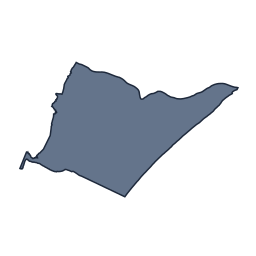 Sitionuevo, Magdalena, Colombia (Mercator projection), rotated 117°
{"feature_id": "7082276B53559247838582", "entity_name": "Sitionuevo", "entity_type": "district", "adm_level": 2, "iso_a3": "COL", "parent_name": "Colombia", "parent_adm1": "Magdalena", "projection": "mercator", "projection_center": [-74.637, 10.912], "detail": "fine", "context": "isolated", "style": "filled", "palette": "slate", "viewbox_px": 256, "rotation_deg": 117, "n_neighbors": 0, "source": "geoboundaries", "source_scale": "gbopen_adm2", "svg_char_len": 5584}
<svg xmlns="http://www.w3.org/2000/svg" viewBox="0 0 256 256"><g transform="rotate(117 128 128)"><path d="M80.4,114.3L80.7,115.9L81.8,118.1L83.3,119.0L85.3,120.6L85.9,121.3L86.8,122.7L87.9,123.7L89.5,124.8L92.0,126.0L93.4,127.0L94.0,127.3L94.7,127.4L95.0,127.6L95.7,128.3L96.1,128.9L96.2,129.2L96.2,129.6L96.0,130.2L95.6,130.6L95.2,131.1L92.7,133.1L91.0,134.3L90.3,134.9L89.5,136.0L88.9,137.5L88.4,139.7L88.2,141.2L88.2,143.0L88.5,146.9L88.5,148.9L88.2,150.3L87.5,152.5L87.2,153.6L86.9,155.2L86.8,156.9L86.8,158.7L87.1,159.8L87.6,162.7L88.4,171.0L89.0,174.1L89.9,176.5L91.0,178.6L92.6,182.0L93.3,184.4L93.5,185.8L93.4,187.6L93.1,188.9L92.5,190.5L92.4,192.4L92.5,198.0L92.8,199.4L93.0,199.8L93.1,200.5L93.1,203.9L93.8,203.9L98.7,204.3L99.9,204.8L102.2,204.9L102.6,204.8L102.8,204.6L103.0,204.5L103.4,204.6L103.7,204.8L104.0,204.6L104.0,204.4L104.2,204.1L104.5,204.0L104.7,203.6L104.9,203.7L105.3,204.0L105.9,204.1L106.1,204.1L107.1,203.8L107.4,203.8L107.8,204.0L109.1,205.0L109.3,205.1L109.6,204.9L110.0,204.2L110.4,204.1L110.8,204.3L111.3,204.6L111.8,204.6L113.2,204.5L116.6,204.6L118.3,204.5L119.3,204.1L122.0,203.2L125.5,202.4L127.9,202.2L128.1,203.3L128.5,204.2L129.0,205.0L129.6,207.1L129.9,207.6L130.0,207.7L130.5,207.7L130.9,207.2L131.0,206.9L131.2,206.6L131.2,206.3L131.6,205.3L132.5,204.8L132.9,204.7L133.4,204.6L134.3,204.8L134.5,204.7L134.8,204.5L135.2,204.8L135.6,205.1L135.9,204.9L136.2,204.7L136.5,204.4L137.4,205.2L137.9,205.2L138.1,205.1L138.6,205.2L139.0,205.5L139.3,205.5L139.6,205.5L139.9,205.6L140.2,206.0L140.5,206.2L141.5,206.1L142.6,205.6L142.8,205.7L143.3,205.8L143.5,205.0L143.4,204.5L143.8,203.9L143.9,203.5L144.3,203.0L144.5,202.3L144.6,202.1L144.7,201.9L145.1,201.8L145.1,201.3L145.0,201.1L145.0,200.7L145.3,200.6L145.7,200.4L145.8,200.2L146.0,200.1L145.8,200.0L145.7,199.7L145.9,199.3L146.4,198.8L146.7,198.6L146.9,198.7L147.6,199.5L147.9,199.8L148.0,199.8L148.4,199.4L148.8,199.7L149.3,200.6L151.0,199.8L152.5,199.3L155.7,198.7L157.3,198.3L158.6,198.1L158.9,198.0L159.4,197.7L159.6,197.2L161.4,197.1L162.7,196.5L170.0,193.9L185.3,193.7L189.1,194.9L189.9,195.1L190.1,195.1L190.9,195.8L191.6,196.1L192.2,196.0L192.7,196.2L193.1,195.9L193.0,196.1L192.9,196.2L192.8,196.3L193.0,196.4L193.2,196.5L193.6,196.5L193.8,196.7L194.3,196.5L194.5,196.3L194.6,196.6L194.9,196.5L195.3,196.5L195.7,195.2L195.8,195.3L196.0,196.1L195.9,196.5L196.1,196.6L196.1,196.9L196.3,196.8L196.4,197.0L196.6,197.1L196.7,197.3L196.8,197.2L197.0,197.3L197.2,197.6L197.2,197.8L197.4,197.9L197.4,198.0L197.6,198.1L197.7,197.8L197.7,198.0L197.8,198.1L197.8,198.3L198.0,198.4L198.1,198.6L198.1,198.8L198.4,198.9L198.3,199.4L198.2,199.4L198.2,199.7L198.1,200.0L198.1,200.9L197.9,201.4L197.0,202.2L196.5,202.9L196.5,203.5L196.2,204.4L196.0,204.6L195.7,204.5L195.5,205.5L195.7,206.1L195.3,206.0L195.2,206.1L195.4,206.1L195.3,206.4L195.5,206.7L195.4,207.0L195.5,207.5L213.8,205.9L213.7,205.9L213.4,205.6L212.7,205.0L212.6,204.7L212.8,204.3L212.7,204.1L212.5,203.8L212.3,203.7L212.1,203.6L211.4,203.6L210.9,203.6L210.1,204.0L208.4,204.1L204.7,204.8L203.9,204.8L202.7,204.7L201.9,204.4L201.8,203.9L201.6,203.4L201.7,203.0L201.9,202.5L202.0,202.4L202.1,202.1L202.2,201.2L202.3,200.8L202.2,200.2L202.0,199.8L201.9,199.4L201.9,199.0L201.8,198.8L201.9,198.3L201.8,198.2L201.8,197.9L201.7,197.4L201.5,197.2L201.4,196.7L201.2,196.6L201.1,196.3L200.9,195.7L200.9,195.3L200.7,194.7L200.5,194.3L200.3,193.6L200.4,193.0L200.3,192.1L200.0,191.5L199.8,190.5L199.9,189.7L200.1,188.8L200.1,188.1L200.2,187.4L200.3,186.4L200.2,185.8L200.2,185.2L200.3,184.7L200.4,183.8L200.3,182.9L200.5,180.4L200.3,179.8L200.5,179.5L200.6,178.6L200.5,178.1L200.5,177.8L200.5,176.5L200.4,176.4L200.3,174.7L200.2,174.5L200.1,173.5L199.7,172.6L199.5,172.0L199.5,171.9L199.2,171.8L199.1,171.6L198.8,171.4L198.8,171.1L198.4,170.3L198.2,169.7L197.8,169.2L197.4,168.5L197.3,168.4L195.9,166.7L195.5,166.6L195.4,166.4L194.9,166.0L193.7,165.4L193.7,165.2L193.4,165.1L193.3,164.9L193.0,164.0L192.8,162.1L192.5,160.9L192.6,160.3L192.5,159.8L192.5,159.6L192.5,158.4L192.1,157.9L191.8,157.7L191.5,157.0L191.6,155.1L191.8,153.5L191.9,152.5L192.2,150.7L192.3,149.8L192.1,148.2L192.0,147.9L190.7,99.6L186.4,98.9L179.6,97.5L171.1,95.5L170.4,95.2L165.6,94.2L160.9,92.9L159.6,92.4L156.3,91.5L154.7,91.0L152.4,90.3L151.7,90.1L149.4,89.6L147.0,88.8L146.2,88.7L145.3,88.3L144.7,88.2L142.8,87.5L141.8,87.2L137.0,85.5L136.2,85.3L134.1,84.3L132.6,83.8L131.7,83.4L130.7,83.0L128.7,82.2L126.3,81.4L125.0,80.8L124.3,80.8L123.8,80.5L123.3,80.5L122.8,80.4L119.9,79.1L117.6,78.3L115.1,77.2L113.8,76.8L112.3,76.2L110.6,75.7L106.3,73.8L103.3,72.6L102.2,72.1L99.1,70.9L93.7,68.5L90.8,66.8L85.8,65.0L84.0,64.2L83.3,63.7L82.6,63.5L82.0,63.0L81.2,62.8L78.4,61.4L77.6,61.0L77.3,61.0L75.8,60.3L74.1,59.6L72.2,59.3L70.9,58.9L69.3,58.2L68.8,58.1L67.9,57.8L66.3,57.1L65.7,56.9L65.7,56.7L65.6,56.9L65.2,56.9L63.5,56.6L62.0,56.5L60.5,56.2L58.5,55.3L58.6,55.1L58.5,55.3L58.1,55.2L56.3,54.4L54.1,53.2L53.1,52.8L51.1,51.4L50.3,51.0L50.0,50.7L49.9,50.8L49.9,51.0L49.6,51.3L49.2,51.3L48.3,51.3L46.4,50.2L45.2,49.2L45.0,48.9L44.3,48.3L44.1,48.3L43.4,48.5L43.3,48.3L42.2,48.3L42.4,49.4L43.2,51.4L43.6,53.3L43.9,55.2L44.4,60.0L44.6,61.4L44.9,62.6L45.4,64.0L46.3,65.7L47.2,67.3L48.2,68.7L49.9,70.6L51.8,72.2L52.6,72.8L54.9,73.9L56.4,75.2L57.3,75.8L60.7,77.6L62.1,78.4L63.3,79.4L65.1,81.4L66.0,82.3L66.7,82.8L68.6,83.8L69.3,84.3L70.3,85.4L72.1,86.8L74.0,88.8L76.5,91.8L78.1,94.1L78.9,95.8L79.7,97.8L79.9,99.0L80.1,100.8L80.8,103.2L81.0,104.2L81.0,104.9L80.9,106.3L81.0,107.4L80.6,109.3L80.4,111.3L80.4,112.9L80.4,114.3Z" fill="#64748b" stroke="#1e293b" stroke-width="1.5"/></g></svg>